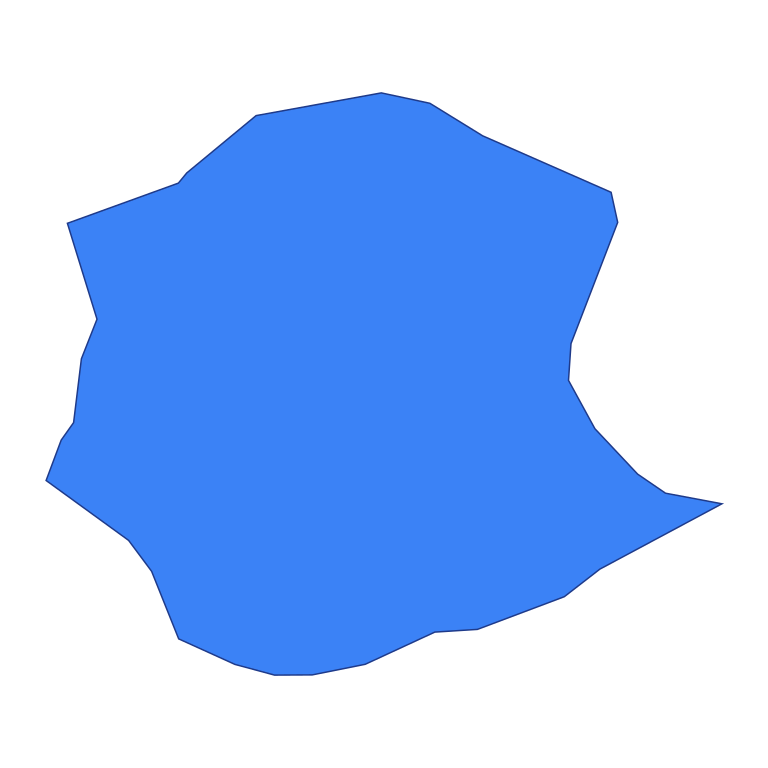 SVG path tracing the border of Postojna
{"feature_id": "SVN-978", "entity_name": "Postojna", "entity_type": "Municipality", "adm_level": 1, "iso_a3": "SVN", "parent_name": "Slovenia", "parent_adm1": "", "projection": "orthographic", "projection_center": [14.172, 45.79], "detail": "fine", "context": "isolated", "style": "filled", "palette": "blue", "viewbox_px": 768, "rotation_deg": 0, "n_neighbors": 0, "source": "natural_earth", "source_scale": "10m", "svg_char_len": 509}
<svg xmlns="http://www.w3.org/2000/svg" viewBox="0 0 768 768"><path d="M611.1,192.3L617.7,222.4L571.0,343.6L568.5,380.4L594.9,428.7L637.6,474.1L665.5,493.2L721.9,503.8L599.9,569.1L564.3,596.7L477.4,629.4L434.8,632.1L365.2,664.3L312.2,674.9L274.5,675.1L234.9,664.4L178.7,638.9L151.6,571.3L128.6,540.4L46.1,480.5L61.2,440.1L73.6,422.6L81.4,358.8L97.0,319.2L67.4,223.3L178.4,183.1L186.8,172.9L256.1,115.6L381.3,92.9L429.9,103.3L482.6,135.8L611.1,192.3Z" fill="#3b82f6" stroke="#1e3a8a" stroke-width="1.5"/></svg>